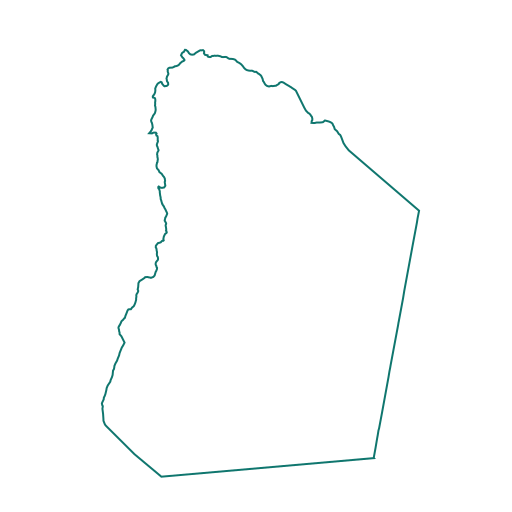 the district of Susques, Jujuy, Argentina, rotated 175°
{"feature_id": "61730980B41665984357705", "entity_name": "Susques", "entity_type": "district", "adm_level": 2, "iso_a3": "ARG", "parent_name": "Argentina", "parent_adm1": "Jujuy", "projection": "robinson", "projection_center": [-66.504, -23.606], "detail": "fine", "context": "isolated", "style": "outline", "palette": "teal", "viewbox_px": 512, "rotation_deg": 175, "n_neighbors": 0, "source": "geoboundaries", "source_scale": "gbopen_adm2", "svg_char_len": 6139}
<svg xmlns="http://www.w3.org/2000/svg" viewBox="0 0 512 512"><g transform="rotate(175 256 256)"><path d="M398.7,190.0L397.1,187.8L394.5,181.2L395.7,179.2L396.8,177.6L397.6,176.6L400.3,171.3L401.1,168.8L402.6,166.0L403.5,163.9L405.4,161.2L406.6,158.9L407.0,157.0L407.4,155.7L408.4,154.3L408.8,152.2L409.2,150.0L410.1,147.8L411.7,144.9L412.1,143.5L415.0,139.9L416.3,137.4L416.7,135.7L418.1,131.5L419.0,129.6L419.9,128.2L420.2,126.5L422.0,123.4L422.4,122.5L422.1,120.5L421.7,119.8L421.9,118.8L422.3,117.3L422.1,112.0L422.2,107.1L422.3,105.1L421.8,103.4L421.3,101.7L420.7,100.5L419.5,99.0L394.3,69.1L369.5,44.4L156.1,44.4L156.3,44.7L153.7,54.2L151.1,64.2L150.4,66.7L149.2,71.5L148.4,73.6L144.4,87.9L134.6,123.6L133.1,129.5L132.1,132.9L131.5,135.2L120.5,174.6L119.8,177.4L119.6,178.0L113.2,201.0L111.3,208.5L98.9,253.4L92.8,275.2L91.8,279.3L89.6,286.9L154.4,353.2L157.3,357.6L159.0,360.9L160.5,366.3L161.0,367.9L161.6,369.3L162.9,370.4L163.6,371.8L164.3,373.2L166.5,375.5L167.0,377.9L167.8,379.6L168.2,381.0L169.0,382.0L170.3,382.9L171.9,383.7L175.5,385.0L177.6,383.5L178.8,383.4L180.7,383.4L183.9,383.7L185.7,383.4L186.7,383.4L189.1,383.8L188.9,384.4L188.9,385.1L188.6,385.9L188.1,386.4L187.9,387.7L188.1,389.2L188.3,390.0L189.0,390.9L189.3,391.7L190.4,393.2L191.6,394.0L193.6,396.5L195.0,399.6L201.8,417.1L202.6,418.0L205.5,420.3L206.5,421.2L207.3,421.7L207.9,422.2L211.3,424.6L213.4,426.3L214.6,426.9L215.7,427.1L216.7,426.8L217.9,426.2L218.4,425.3L220.2,424.5L221.2,423.9L222.4,423.9L223.4,423.8L224.8,423.8L225.8,424.1L227.5,423.9L228.2,423.7L230.1,424.4L231.5,425.6L232.2,426.7L233.0,428.6L233.7,429.7L234.0,431.9L235.1,434.9L235.9,436.0L236.6,436.5L237.1,437.1L237.9,437.5L238.7,438.5L239.4,439.0L239.6,439.4L241.6,439.6L242.4,440.2L243.9,441.0L245.2,441.0L246.9,441.3L248.9,442.0L250.2,442.9L251.7,444.7L252.3,445.9L254.0,448.2L254.9,449.0L255.7,449.7L257.9,451.1L258.9,452.5L259.9,453.5L261.6,454.2L262.2,454.3L263.7,454.6L265.1,454.7L266.2,455.2L268.0,456.7L269.2,457.0L271.0,457.0L272.7,457.2L273.9,458.0L275.4,458.5L276.6,458.9L278.6,458.9L279.9,459.2L280.9,459.0L282.2,459.1L282.9,458.8L283.8,458.2L284.6,458.2L286.2,458.6L286.7,459.0L286.7,460.2L289.2,460.8L289.8,461.7L290.2,462.5L289.9,463.4L289.8,464.5L290.8,465.7L291.8,465.7L292.4,465.6L293.3,465.8L293.9,465.7L298.3,463.6L300.2,462.2L302.1,462.1L302.8,462.3L303.8,462.6L305.1,463.9L305.9,465.5L306.5,466.3L307.3,466.8L307.8,467.4L308.8,467.6L310.1,465.6L311.0,465.3L312.2,464.4L312.6,463.5L313.2,462.5L311.9,460.1L311.3,459.6L310.7,458.6L310.2,457.7L310.2,457.3L311.2,456.5L311.5,456.5L312.5,456.2L313.8,455.3L314.6,454.8L316.0,453.3L317.2,452.6L318.1,452.3L319.1,452.1L320.6,452.0L320.8,451.7L322.8,451.0L323.3,451.0L325.9,451.1L327.1,450.5L327.9,449.4L327.7,448.3L327.9,447.4L327.4,445.4L327.6,444.5L329.1,442.4L329.3,441.6L329.7,440.7L329.5,439.7L329.5,438.7L329.4,437.8L329.0,437.1L328.5,436.3L328.5,434.6L329.1,433.8L330.2,433.2L331.3,433.2L332.1,433.0L333.0,433.6L334.5,435.8L334.8,437.2L335.7,437.8L338.2,436.7L339.3,435.8L340.8,433.6L341.2,432.8L341.8,431.6L341.8,430.0L342.2,428.0L342.7,426.9L343.5,425.6L344.2,425.0L344.9,424.1L344.9,422.9L343.7,422.5L343.0,422.1L342.7,421.2L342.7,420.0L342.8,419.0L343.1,418.0L343.2,416.1L343.5,414.7L343.2,413.3L343.2,411.8L343.2,410.5L343.4,409.5L344.1,407.5L344.5,406.8L345.4,405.8L346.3,404.8L346.9,403.5L348.3,401.2L348.7,400.3L348.6,398.9L348.1,397.7L348.0,397.0L347.8,395.6L347.7,392.9L348.4,391.8L349.1,390.4L349.6,389.9L350.0,389.2L350.7,388.6L351.7,387.6L348.9,387.2L347.6,387.8L346.2,387.8L345.0,387.6L344.4,386.7L344.9,385.9L344.7,384.7L343.8,384.1L343.6,383.3L343.6,382.6L343.7,380.9L343.9,379.7L343.6,379.1L343.8,378.4L344.2,377.7L344.7,376.6L345.1,375.6L345.1,374.9L345.1,374.4L344.7,373.6L344.2,371.1L343.9,370.3L343.9,369.6L344.7,368.5L345.0,368.0L345.3,367.5L345.7,365.7L345.5,364.9L345.5,364.2L345.6,363.5L345.6,363.0L345.4,362.3L345.4,360.6L345.8,359.3L345.9,358.5L346.1,357.9L346.5,357.6L346.7,356.7L347.2,355.3L347.3,354.0L347.2,353.1L347.0,351.9L345.5,349.9L344.9,348.0L344.2,347.4L343.5,346.7L342.8,346.1L342.1,344.8L341.7,344.0L340.8,342.8L340.1,341.1L340.1,340.1L340.0,338.7L340.5,337.7L340.2,333.9L341.5,332.3L343.2,332.1L344.7,332.2L346.0,333.0L346.8,333.7L347.3,333.3L347.4,332.6L347.3,331.8L346.7,331.2L346.2,328.9L346.3,327.9L346.2,324.7L346.0,323.4L345.9,322.3L346.0,321.2L345.9,320.7L345.5,319.3L345.4,318.3L345.2,317.7L345.0,316.2L344.6,315.8L344.6,315.4L344.4,314.9L344.0,314.4L344.0,314.2L343.7,313.9L343.3,313.1L343.2,312.4L342.7,311.3L342.2,310.3L341.5,308.3L341.1,307.3L340.8,306.2L340.8,305.8L341.5,304.5L341.8,303.9L342.2,303.1L343.0,302.2L343.3,301.0L343.6,300.3L343.9,299.1L343.4,298.3L343.1,297.3L342.7,296.6L342.7,295.9L343.3,294.7L343.4,294.0L343.3,293.3L343.2,292.8L343.2,292.2L343.1,290.8L343.2,289.8L343.5,289.0L343.0,288.4L342.9,287.1L343.5,286.5L344.1,286.3L344.6,285.9L344.9,285.5L345.9,283.8L346.2,283.2L346.5,282.0L346.7,281.6L346.7,280.1L346.6,279.6L347.2,279.2L347.9,279.4L348.7,278.9L349.6,278.0L350.5,277.7L351.1,277.6L351.8,277.5L352.3,277.5L352.6,277.3L354.2,275.7L354.9,274.8L355.1,273.2L354.6,272.3L354.5,271.1L354.5,269.9L354.3,268.9L354.3,268.0L354.6,266.7L354.6,265.6L354.5,264.6L353.9,263.5L353.8,262.1L353.9,261.2L354.4,260.3L354.9,259.9L356.2,258.5L356.6,257.4L356.7,256.2L356.3,255.0L356.1,254.7L356.1,253.8L355.6,252.9L355.7,252.1L355.9,251.4L356.2,250.8L356.5,250.2L356.8,249.6L357.3,249.0L358.7,245.4L360.1,244.1L362.6,243.4L363.2,243.7L364.8,244.1L365.7,244.5L368.2,244.6L369.1,243.8L371.6,242.4L374.2,241.1L375.5,239.2L375.7,237.7L376.1,235.2L376.4,234.3L376.8,232.9L376.4,232.0L376.5,230.9L377.3,229.6L378.4,228.2L378.7,227.0L378.7,225.8L379.1,224.4L379.2,223.1L379.4,222.3L379.7,221.6L380.0,220.7L380.7,219.1L381.6,217.5L382.2,216.6L383.4,215.8L384.0,215.4L384.5,214.8L385.2,213.9L386.3,213.9L387.1,214.0L387.8,213.9L388.7,212.9L390.1,210.0L391.3,207.7L392.0,205.8L392.6,205.5L394.2,203.8L394.6,203.6L395.7,202.7L396.0,202.2L396.4,201.2L396.9,200.6L397.2,199.9L397.9,198.8L398.2,198.7L398.6,197.9L399.1,197.2L399.3,196.4L398.9,194.4L398.9,192.9L398.8,192.6L398.7,192.2L398.6,191.7L398.7,190.0Z" fill="none" stroke="#0f766e" stroke-width="2"/></g></svg>